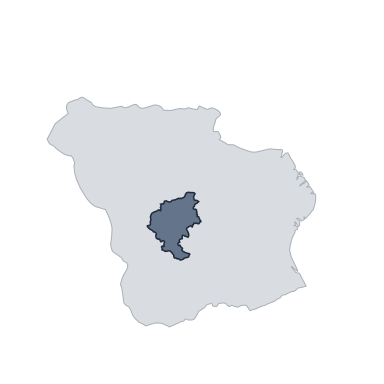 Kaduna on a map of Nigeria (Albers equal-area conic projection), rotated 244°
{"feature_id": "NGA-2864", "entity_name": "Kaduna", "entity_type": "State", "adm_level": 1, "iso_a3": "NGA", "parent_name": "Nigeria", "parent_adm1": "", "projection": "albers", "projection_center": [7.395, 10.247], "detail": "fine", "context": "in_parent", "style": "filled", "palette": "slate", "viewbox_px": 384, "rotation_deg": 244, "n_neighbors": 0, "source": "natural_earth", "source_scale": "10m", "svg_char_len": 6655}
<svg xmlns="http://www.w3.org/2000/svg" viewBox="0 0 384 384"><g transform="rotate(244 192 192)"><path d="M302.9,84.9L313.4,99.0L315.7,109.6L316.7,114.8L318.4,115.4L321.6,115.6L323.9,116.6L325.4,118.3L326.3,119.9L326.5,120.9L325.9,127.3L325.2,129.6L325.7,132.8L325.6,134.1L325.3,135.0L323.9,136.1L321.9,137.2L317.3,140.3L316.0,140.8L314.1,140.9L312.4,141.7L310.4,143.4L306.2,149.6L302.7,155.8L300.1,165.8L296.9,169.0L296.4,171.7L296.0,177.9L295.5,179.8L295.0,180.4L291.5,181.6L289.5,183.1L288.3,185.9L286.9,195.5L286.4,197.1L285.3,198.7L283.5,200.5L282.0,201.6L277.9,202.3L274.2,209.5L274.1,210.8L272.5,217.3L269.6,222.3L269.5,225.4L265.8,229.8L263.9,232.8L265.9,235.8L266.1,236.3L259.8,241.6L259.4,242.4L259.2,246.0L258.7,246.9L257.5,248.3L255.8,249.8L254.1,250.9L252.1,251.7L250.2,252.0L249.1,251.6L248.5,250.5L247.3,246.1L246.8,245.2L245.5,244.3L240.6,239.5L237.6,237.9L236.9,238.0L236.4,238.5L235.6,240.9L234.8,241.8L233.2,242.1L230.5,242.2L228.5,241.9L228.0,241.4L227.0,239.5L220.9,243.9L218.8,244.9L216.1,250.2L212.3,252.8L209.6,255.1L202.5,262.2L201.1,264.3L199.7,267.4L196.7,280.8L191.7,289.1L191.1,290.9L190.8,290.8L190.1,291.6L188.2,291.1L187.4,289.6L186.2,289.3L184.1,287.0L183.7,287.4L185.9,293.2L185.1,295.4L179.0,295.5L173.8,296.2L170.2,296.2L168.4,295.4L167.6,293.2L167.3,293.4L167.1,294.6L166.0,295.5L161.9,295.7L160.2,294.2L158.7,292.5L157.2,291.8L157.4,292.5L159.2,294.1L159.0,296.4L155.7,299.1L153.6,299.2L152.4,298.1L151.7,296.2L151.4,293.4L150.6,291.6L150.1,291.6L150.7,294.6L150.7,297.4L152.2,299.6L149.8,300.3L147.0,300.4L146.6,299.5L146.3,297.7L145.8,297.3L145.2,300.3L139.3,301.2L138.5,301.0L138.3,300.5L138.8,299.6L138.7,298.2L137.4,299.3L137.2,301.4L136.4,301.8L134.2,301.4L131.8,300.3L127.9,297.7L123.0,293.3L122.3,291.3L120.9,288.9L118.4,282.3L118.9,282.0L120.0,282.3L120.5,281.7L118.5,281.2L118.1,280.7L118.0,279.3L118.1,277.5L121.1,276.6L121.9,275.5L122.3,274.4L118.5,276.0L115.0,274.1L114.3,273.0L114.7,272.1L118.7,272.1L120.2,271.3L119.3,270.9L117.7,271.0L117.2,270.4L117.2,269.0L116.7,269.3L116.0,270.5L113.7,271.4L112.3,270.5L112.2,268.5L111.9,267.6L110.7,266.9L106.6,261.7L101.5,257.3L96.9,254.2L89.9,252.7L75.4,252.6L74.5,252.2L75.4,251.5L76.7,251.1L81.4,248.7L80.7,248.4L75.8,249.8L74.1,250.0L71.9,252.9L57.5,253.3L57.6,252.0L58.3,248.1L59.2,245.5L58.3,242.3L58.1,239.3L58.7,238.5L58.9,237.4L58.9,229.9L59.7,228.8L59.7,228.0L58.3,224.8L58.3,222.4L58.1,220.0L57.6,218.9L58.3,209.8L58.1,207.5L58.6,205.9L58.9,202.0L59.0,198.1L60.0,192.0L66.1,191.3L67.6,188.9L68.5,185.9L68.3,182.9L70.3,180.3L72.7,178.0L72.6,175.5L73.3,174.7L74.5,174.1L76.1,173.9L77.9,172.6L79.0,170.4L80.0,166.8L78.4,164.3L78.5,163.8L79.1,162.5L80.1,161.1L80.8,160.7L82.6,161.1L83.2,160.6L84.3,156.6L84.2,155.6L82.6,152.9L81.8,145.8L81.3,144.9L80.1,143.6L76.8,138.5L76.9,136.1L78.3,133.1L79.3,131.7L80.6,130.9L80.8,130.2L80.5,129.3L79.8,128.7L79.7,127.3L80.3,125.4L80.2,123.3L80.6,112.6L83.4,110.5L87.4,107.1L89.5,103.4L90.6,100.7L92.0,91.5L94.2,90.5L98.2,87.2L103.6,85.3L107.2,84.7L113.4,85.2L116.5,84.8L119.2,83.0L120.4,82.5L122.1,82.2L137.5,87.1L138.9,86.9L140.1,87.2L142.0,88.5L146.5,92.9L151.3,99.8L152.8,101.3L154.2,102.1L155.8,102.4L156.9,102.3L158.0,101.7L159.5,100.3L161.8,99.8L163.6,99.9L173.3,94.6L174.2,94.5L180.1,95.6L188.2,100.9L194.8,104.4L199.4,105.5L204.8,106.3L214.1,106.5L221.1,99.0L223.6,97.4L226.7,95.9L233.2,94.4L244.0,93.4L254.1,93.7L260.4,94.9L267.0,97.2L269.9,99.5L274.4,99.8L277.6,99.3L278.6,97.0L281.8,93.9L286.6,91.0L290.5,89.0L293.8,88.1L296.6,85.8L298.9,85.0L302.9,84.9ZM162.3,298.6L160.1,299.3L158.6,299.1L160.6,296.1L161.6,296.8L162.9,297.0L162.3,298.6Z" fill="#d9dde1" stroke="#a8b0b8" stroke-width="1"/><path d="M194.8,158.4L194.5,159.9L193.8,161.2L194.1,161.8L194.8,162.2L195.3,162.7L195.8,163.2L195.6,163.9L195.5,164.7L194.9,165.4L194.1,165.8L193.0,167.1L192.6,168.8L193.2,170.5L192.3,173.5L192.3,175.3L192.2,176.2L192.4,176.9L191.4,178.2L191.5,178.6L191.4,179.0L190.8,179.5L190.8,182.8L191.7,184.1L192.8,185.2L193.6,186.5L193.5,187.8L193.1,189.2L192.2,190.1L191.7,191.5L190.9,192.8L190.0,193.8L189.1,193.9L188.5,193.3L188.2,192.8L187.8,192.4L186.9,191.2L184.8,190.7L184.1,190.4L183.5,190.9L182.2,192.8L180.4,193.8L179.8,191.6L179.6,188.9L178.7,188.3L178.0,187.8L178.0,187.2L177.8,186.7L177.0,186.0L175.6,186.2L174.8,187.8L174.0,188.2L173.2,187.8L172.9,187.8L172.5,187.8L171.9,187.3L171.2,187.4L170.7,187.1L170.3,186.5L169.7,186.8L169.0,186.9L168.6,186.2L167.8,185.9L167.0,186.8L166.5,187.2L166.0,187.0L165.4,186.9L164.7,186.9L162.6,187.1L162.0,187.0L161.5,187.1L161.3,186.8L161.6,186.1L161.6,185.8L161.2,185.2L160.9,185.1L160.5,184.4L160.7,183.5L161.9,182.6L162.0,182.2L162.1,181.7L162.3,181.3L162.7,181.1L163.2,180.5L163.0,179.8L162.4,179.4L162.0,178.8L162.2,178.2L161.7,177.8L160.9,177.5L160.5,176.9L161.0,176.5L161.7,176.5L162.2,176.0L162.3,175.2L161.9,171.5L160.8,170.7L157.4,170.8L155.8,170.6L154.1,169.9L153.1,168.6L153.7,168.0L154.4,167.5L155.0,166.7L155.7,166.1L156.5,165.7L157.0,164.9L157.1,164.2L156.4,163.7L154.8,163.1L154.3,162.6L154.6,161.8L154.6,159.9L153.4,158.9L152.6,159.1L152.2,159.0L152.1,157.2L151.9,156.7L151.2,156.4L150.4,156.4L149.6,156.7L149.7,157.6L149.2,158.0L148.4,157.8L147.5,158.0L145.9,158.7L145.2,158.6L144.9,157.9L144.3,157.5L142.7,157.8L140.0,159.9L138.8,161.2L138.3,161.9L137.7,162.6L137.0,162.7L136.6,161.9L136.0,161.2L135.3,160.7L135.2,159.9L135.3,159.4L135.4,159.2L135.4,158.9L135.4,158.2L135.5,158.0L135.8,157.2L135.9,156.7L135.9,156.4L135.9,156.1L135.5,155.0L135.5,154.4L135.7,152.5L135.8,151.9L136.3,151.4L136.7,151.2L137.8,150.8L138.1,150.5L138.2,150.2L138.2,149.9L138.2,149.7L138.4,149.4L138.6,149.2L139.2,149.0L139.4,148.9L139.7,148.5L140.1,147.7L140.4,147.3L140.8,147.2L141.3,147.2L142.8,147.7L143.3,147.9L143.8,147.9L145.3,147.4L145.5,147.4L145.9,147.4L146.1,147.4L146.3,147.3L148.1,146.6L148.6,146.3L148.9,146.0L149.2,145.7L149.4,145.2L149.8,143.1L150.1,142.4L150.5,141.8L152.1,140.8L152.6,140.4L153.0,139.7L154.0,140.2L154.5,140.4L155.7,140.4L156.2,140.7L156.5,141.3L156.4,141.7L156.0,142.0L155.4,142.7L155.4,143.3L157.1,143.7L157.9,144.2L159.0,145.4L159.8,145.5L160.5,145.1L161.1,144.5L161.1,143.9L160.7,143.3L161.0,142.1L162.8,142.1L163.6,142.4L164.2,142.0L164.3,141.2L164.7,140.5L166.1,139.7L167.7,140.0L168.6,140.4L169.4,140.9L169.8,141.5L170.4,141.8L172.3,141.1L173.0,139.9L174.6,139.7L177.2,137.8L180.4,136.7L181.2,137.1L181.1,138.0L180.7,138.7L180.6,139.5L181.1,140.3L181.8,140.8L183.4,141.3L184.1,141.9L184.7,142.7L186.2,143.3L187.9,143.7L190.3,146.2L190.7,149.4L190.3,151.1L190.6,153.9L190.3,154.7L189.4,155.0L188.9,155.6L190.1,156.6L191.9,156.8L192.9,158.0L193.4,158.2L194.3,158.5L194.8,158.4Z" fill="#64748b" stroke="#1e293b" stroke-width="1.5"/></g></svg>